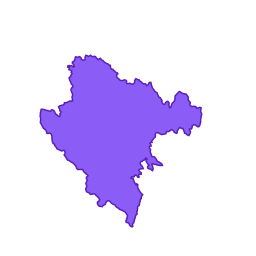 the district of Juiz de Fora, Minas Gerais, Brazil, rotated 330°
{"feature_id": "56859067B63389678931345", "entity_name": "Juiz de Fora", "entity_type": "district", "adm_level": 2, "iso_a3": "BRA", "parent_name": "Brazil", "parent_adm1": "Minas Gerais", "projection": "equal_earth", "projection_center": [-43.444, -21.76], "detail": "fine", "context": "isolated", "style": "filled", "palette": "violet", "viewbox_px": 256, "rotation_deg": 330, "n_neighbors": 0, "source": "geoboundaries", "source_scale": "gbopen_adm2", "svg_char_len": 5809}
<svg xmlns="http://www.w3.org/2000/svg" viewBox="0 0 256 256"><g transform="rotate(330 128 128)"><path d="M139.1,177.6L139.3,175.9L137.8,172.8L136.8,171.6L136.8,170.1L136.9,168.9L136.5,166.2L135.0,165.1L134.3,164.2L134.7,163.3L135.4,159.4L136.5,158.5L136.8,157.4L136.5,156.4L136.8,155.4L137.5,154.8L139.1,155.1L139.5,153.8L139.3,152.3L140.5,151.9L141.6,152.5L141.8,151.1L142.7,151.0L145.9,149.6L147.0,149.5L147.8,148.6L148.3,147.4L149.2,146.5L150.1,146.2L151.1,146.7L152.0,147.6L152.7,149.0L153.8,150.5L157.8,151.9L158.9,151.0L160.1,150.3L160.8,151.2L161.7,151.5L162.6,151.2L163.7,151.5L164.6,151.1L165.6,151.8L166.0,153.5L165.9,154.9L167.2,156.8L168.4,156.7L169.1,155.2L170.3,154.7L171.3,154.0L172.2,153.6L173.2,153.5L173.7,154.6L174.4,155.3L175.3,155.8L174.9,159.1L174.4,160.8L175.3,161.5L175.6,163.0L176.2,164.1L177.0,165.0L179.4,163.5L180.2,162.6L180.6,159.7L181.7,159.7L182.4,160.5L183.5,159.9L184.2,159.0L184.7,158.1L185.8,158.0L187.0,158.3L187.9,159.3L188.9,161.7L190.1,162.3L191.8,161.3L193.8,159.3L195.2,156.9L198.8,152.8L199.1,151.6L199.2,150.1L199.7,149.1L200.7,148.1L201.4,147.1L200.8,146.2L199.8,145.8L197.4,145.4L197.2,144.3L197.4,143.3L195.4,141.8L194.2,141.5L193.5,140.4L193.2,139.2L193.5,138.0L194.6,137.5L194.7,136.2L194.3,135.0L194.1,133.6L195.1,132.3L195.6,131.3L195.6,130.0L195.3,127.9L194.5,127.1L193.0,125.8L191.7,124.2L191.5,123.0L190.6,122.0L185.0,123.7L183.6,125.6L183.1,126.5L182.3,127.3L181.2,128.1L178.7,128.6L177.7,129.3L175.5,131.3L174.3,131.4L174.7,128.3L175.5,127.9L176.1,127.0L176.0,125.3L175.3,124.5L173.2,124.7L172.1,125.7L171.1,125.7L170.6,124.9L170.2,123.7L170.3,122.2L171.3,121.2L171.0,119.7L171.1,118.0L170.3,116.8L170.3,115.3L170.4,113.7L170.8,112.0L169.5,109.6L169.5,108.3L169.2,105.5L169.7,102.8L170.6,99.9L169.3,99.3L168.2,99.7L167.4,100.4L166.3,100.9L165.2,100.6L165.4,99.2L164.9,98.1L163.7,97.7L162.9,96.4L162.6,94.8L161.6,92.9L161.7,91.8L160.7,91.2L160.3,90.3L159.4,89.2L157.5,90.2L156.7,91.6L155.8,92.3L154.6,92.4L153.1,92.1L152.0,90.1L150.7,89.8L149.6,89.2L149.1,88.5L149.5,87.5L150.3,86.8L150.0,85.5L149.2,84.7L148.3,84.3L147.5,84.4L145.9,83.6L145.0,82.6L144.7,81.1L143.8,78.9L144.0,77.3L145.0,76.2L146.3,76.1L146.2,74.7L145.1,73.4L144.9,71.9L144.2,71.0L144.3,69.6L143.5,69.3L142.8,67.6L144.0,64.9L143.0,63.7L142.6,62.3L141.7,61.5L140.4,58.9L140.1,57.2L139.3,56.0L138.8,53.7L137.9,53.7L137.0,54.1L136.2,53.7L136.0,52.4L135.5,51.5L135.6,50.0L134.6,49.0L133.4,48.8L132.4,47.8L132.0,46.3L130.8,46.4L129.6,46.2L129.0,45.2L127.9,44.0L126.7,44.7L124.9,47.4L123.6,47.0L122.5,46.3L122.1,45.4L122.4,44.1L122.1,42.6L121.4,41.7L120.3,42.0L119.3,41.3L118.7,40.3L117.9,40.3L117.2,40.9L116.6,41.9L115.8,42.2L114.9,43.0L113.8,43.2L113.0,43.0L112.2,43.9L112.5,45.5L112.5,46.8L112.2,47.9L111.2,48.0L110.7,46.5L110.0,45.6L109.1,45.4L108.5,44.5L107.1,44.1L106.2,45.0L106.7,45.8L107.5,46.1L106.9,47.2L106.1,47.8L107.8,50.5L106.6,51.4L106.8,52.9L104.9,53.7L104.2,54.7L103.0,54.7L102.0,55.2L101.4,57.7L101.3,59.7L100.9,61.4L101.3,62.8L101.2,64.4L100.4,65.1L99.5,65.0L98.6,65.4L97.7,66.4L97.3,67.8L97.0,70.5L96.6,71.6L95.8,72.5L94.9,73.2L94.6,74.4L93.5,76.9L92.6,76.7L92.0,76.0L91.0,75.5L87.2,75.3L85.6,74.3L84.7,75.4L83.4,75.7L82.0,75.1L80.9,75.1L80.0,74.7L78.4,74.9L78.2,76.0L78.3,77.5L77.6,78.7L77.9,80.6L77.2,81.4L76.3,81.5L75.6,82.6L75.2,83.6L74.4,83.9L73.4,82.6L73.1,80.9L72.4,79.9L72.4,78.5L72.6,77.4L72.6,76.0L71.7,74.6L70.7,74.0L69.9,74.6L68.7,74.3L67.8,73.7L67.4,72.8L66.2,72.1L64.8,70.3L63.1,68.8L62.1,68.4L60.3,70.6L59.5,71.2L59.0,72.4L57.7,73.9L57.6,75.1L56.5,77.2L54.8,79.5L54.8,84.0L54.6,86.0L55.3,87.5L55.8,89.2L55.6,90.6L55.0,91.6L55.9,92.8L57.2,92.9L57.9,93.7L58.4,95.0L58.2,96.7L57.0,98.9L55.8,101.6L55.4,104.1L56.3,105.3L55.8,106.4L56.2,109.0L56.1,110.7L56.9,111.7L58.9,114.6L60.4,115.1L61.3,115.0L61.7,116.4L61.2,117.9L60.4,118.9L59.4,119.2L59.2,120.3L59.6,121.3L59.5,124.4L59.7,125.7L60.8,126.8L61.9,129.4L62.6,130.1L62.9,131.1L63.3,132.4L63.8,135.6L63.3,137.3L63.8,138.9L66.6,140.4L68.2,141.5L67.9,142.6L67.9,144.1L68.3,145.2L68.6,146.7L69.4,147.8L69.5,149.4L68.4,149.5L67.3,149.9L66.7,150.9L66.7,152.9L65.4,153.6L63.6,155.2L63.5,156.9L62.9,158.1L62.1,158.8L60.9,159.5L60.2,162.4L61.8,164.7L62.3,166.8L63.8,167.4L64.9,167.7L65.9,168.2L66.5,169.1L66.6,170.5L67.2,171.8L67.5,173.2L67.7,174.3L67.6,175.8L66.6,176.5L65.8,176.8L64.7,176.8L63.8,177.8L63.6,179.5L64.0,181.4L66.5,183.3L67.6,182.6L70.0,182.8L71.8,181.4L73.0,180.8L75.1,181.3L75.7,182.9L76.0,184.5L76.6,186.0L78.2,188.1L78.4,190.5L78.9,191.6L79.6,192.7L79.9,194.1L81.8,196.4L83.5,199.3L83.9,203.1L82.4,205.5L81.6,205.6L80.9,206.7L80.0,207.1L79.3,208.3L79.9,209.6L80.8,210.1L81.2,211.3L80.8,212.8L81.0,214.0L81.5,214.9L82.1,215.7L83.1,215.5L83.5,214.1L84.5,213.0L85.6,213.0L86.4,211.9L87.2,211.6L87.6,210.6L89.1,209.6L89.6,208.8L90.4,208.2L91.2,207.3L92.1,207.4L93.0,206.9L93.8,204.6L94.6,204.5L97.0,201.0L97.9,200.7L98.8,200.7L99.7,200.0L100.6,198.5L101.8,197.7L102.5,196.7L103.1,196.0L104.2,195.8L105.4,193.9L106.6,193.5L107.5,192.9L106.9,191.6L106.5,190.0L106.5,184.6L108.2,181.8L107.5,180.6L106.6,181.2L106.4,179.4L106.5,177.5L107.2,174.2L106.1,173.5L105.6,172.7L106.4,172.3L107.4,172.2L109.1,173.3L109.8,172.7L110.8,172.3L111.8,173.5L111.8,174.6L112.0,175.8L113.2,176.0L113.3,174.9L113.9,174.0L114.6,173.4L115.4,174.1L116.4,174.6L117.1,173.2L116.2,171.2L116.1,170.1L117.3,169.5L118.3,169.7L120.9,170.8L121.1,169.3L121.1,167.3L120.5,165.7L121.2,164.2L122.5,163.5L123.7,164.0L124.8,163.6L125.9,163.9L127.1,163.6L128.2,162.9L128.9,163.5L128.9,164.6L127.7,164.9L127.0,165.9L127.1,169.1L127.7,170.5L126.9,171.1L125.8,171.0L125.1,172.4L125.3,173.5L127.2,175.0L127.4,176.4L127.9,177.2L128.7,176.7L129.4,175.8L129.9,174.5L130.1,172.9L130.8,171.1L131.9,171.6L132.4,172.5L133.1,173.0L134.0,173.4L134.5,174.4L136.4,176.0L137.7,176.9L139.1,177.6Z" fill="#8b5cf6" stroke="#5b21b6" stroke-width="1.5"/></g></svg>